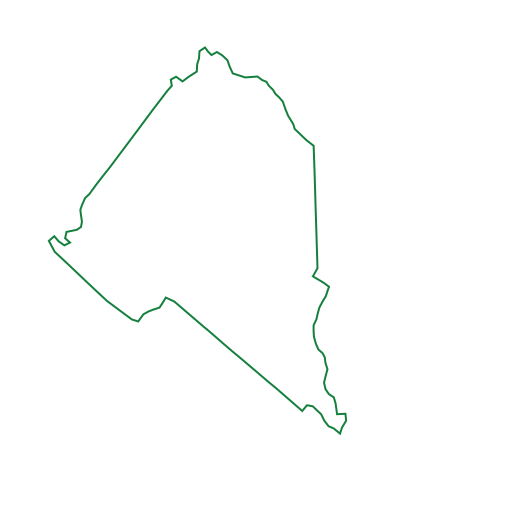 outline of São Miguel do Oeste, Santa Catarina, Brazil, rotated 43°
{"feature_id": "56859067B36403486213311", "entity_name": "São Miguel do Oeste", "entity_type": "district", "adm_level": 2, "iso_a3": "BRA", "parent_name": "Brazil", "parent_adm1": "Santa Catarina", "projection": "orthographic", "projection_center": [-53.501, -26.724], "detail": "fine", "context": "isolated", "style": "outline", "palette": "green", "viewbox_px": 512, "rotation_deg": 43, "n_neighbors": 0, "source": "geoboundaries", "source_scale": "gbopen_adm2", "svg_char_len": 1602}
<svg xmlns="http://www.w3.org/2000/svg" viewBox="0 0 512 512"><g transform="rotate(43 256 256)"><path d="M94.2,386.2L105.9,390.2L110.6,390.2L122.3,390.2L145.4,390.4L161.7,390.5L177.6,390.5L208.4,387.1L214.5,384.2L213.4,375.4L215.3,369.7L217.5,365.1L220.6,359.6L219.7,354.1L218.4,347.9L227.4,345.0L266.5,343.4L271.0,343.1L278.5,342.8L293.9,342.3L303.2,341.9L315.5,341.2L332.8,340.4L351.3,339.6L360.7,339.0L395.5,337.8L395.1,330.3L400.1,327.2L406.1,327.3L411.6,327.3L418.1,329.8L425.1,331.0L430.4,329.1L438.6,328.6L435.9,322.8L434.2,314.9L429.0,310.4L423.2,316.4L414.7,309.5L409.3,306.3L403.5,307.3L397.7,306.0L392.2,302.3L388.8,296.3L385.5,290.1L379.7,286.8L375.4,283.2L371.0,281.7L365.3,281.8L359.8,279.4L353.5,275.6L348.9,271.2L345.4,267.4L343.4,261.2L340.5,256.2L337.6,250.7L335.6,243.5L334.5,237.8L332.4,233.3L330.4,228.7L323.9,229.4L311.5,232.1L309.3,223.0L261.0,174.3L252.8,166.0L242.7,155.8L233.1,146.2L223.0,136.1L214.0,136.9L197.7,136.7L193.4,134.2L188.6,132.8L184.0,131.6L177.3,128.5L170.3,124.8L164.6,124.2L159.7,124.2L155.2,122.9L149.2,122.7L144.8,121.5L140.3,123.2L134.7,123.7L126.3,132.8L114.5,138.3L107.9,135.6L101.6,132.3L94.3,132.3L88.3,133.5L86.4,139.4L81.5,139.2L76.5,138.3L75.0,144.8L79.6,150.4L82.1,155.7L86.9,161.5L84.6,170.6L83.2,178.4L75.3,179.4L73.4,185.1L78.3,188.9L78.5,195.7L80.9,220.3L83.6,244.3L88.6,290.6L89.6,303.3L90.5,313.0L91.9,324.5L91.5,330.2L93.9,337.2L96.1,342.1L100.4,345.7L105.3,349.6L108.2,354.1L107.1,359.0L104.2,363.1L101.0,367.6L104.3,373.2L110.8,373.0L108.6,378.9L101.7,379.9L95.0,379.1L94.2,386.2Z" fill="none" stroke="#15803d" stroke-width="2"/></g></svg>